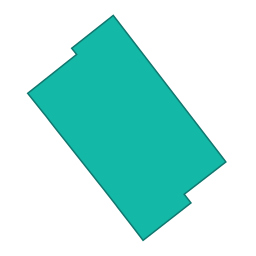 Worth, Missouri, United States of America (Albers equal-area conic projection), rotated 232°
{"feature_id": "52423323B70407326192620", "entity_name": "Worth", "entity_type": "district", "adm_level": 2, "iso_a3": "USA", "parent_name": "United States of America", "parent_adm1": "Missouri", "projection": "albers", "projection_center": [-94.445, 40.478], "detail": "fine", "context": "isolated", "style": "filled", "palette": "teal", "viewbox_px": 256, "rotation_deg": 232, "n_neighbors": 0, "source": "geoboundaries", "source_scale": "gbopen_adm2", "svg_char_len": 462}
<svg xmlns="http://www.w3.org/2000/svg" viewBox="0 0 256 256"><g transform="rotate(232 128 128)"><path d="M30.2,70.7L30.2,131.5L41.2,131.5L41.0,184.2L45.7,184.3L225.8,185.7L225.5,132.7L217.6,132.8L217.1,70.3L191.4,70.6L187.9,70.7L180.4,70.6L173.9,70.6L168.4,70.6L158.2,70.7L124.8,70.9L110.6,71.0L105.7,71.0L105.4,71.0L97.0,71.1L76.1,71.1L74.6,71.1L74.0,71.1L72.4,71.0L72.2,71.0L48.0,70.9L30.2,70.7Z" fill="#14b8a6" stroke="#0f766e" stroke-width="1.5"/></g></svg>